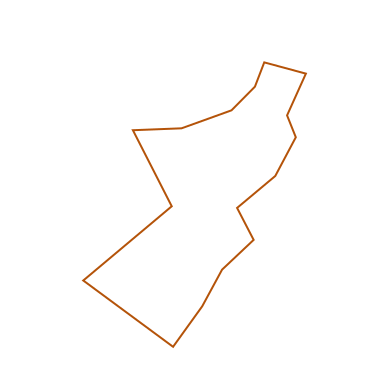 outline of Marsaxlokk, rotated 111°
{"feature_id": "MLT-5963", "entity_name": "Marsaxlokk", "entity_type": "state/province", "adm_level": 1, "iso_a3": "MLT", "parent_name": "Malta", "parent_adm1": "", "projection": "mercator", "projection_center": [14.544, 35.838], "detail": "fine", "context": "isolated", "style": "outline", "palette": "amber", "viewbox_px": 384, "rotation_deg": 111, "n_neighbors": 0, "source": "natural_earth", "source_scale": "10m", "svg_char_len": 366}
<svg xmlns="http://www.w3.org/2000/svg" viewBox="0 0 384 384"><g transform="rotate(111 192 192)"><path d="M343.3,154.2L313.6,261.8L212.6,205.8L155.5,269.3L136.3,224.6L101.6,184.4L71.1,171.0L45.1,171.0L40.7,128.1L86.4,130.7L103.7,114.7L147.2,120.0L190.7,144.2L214.6,117.3L253.7,136.1L295.0,141.5L343.3,154.2Z" fill="none" stroke="#b45309" stroke-width="2"/></g></svg>